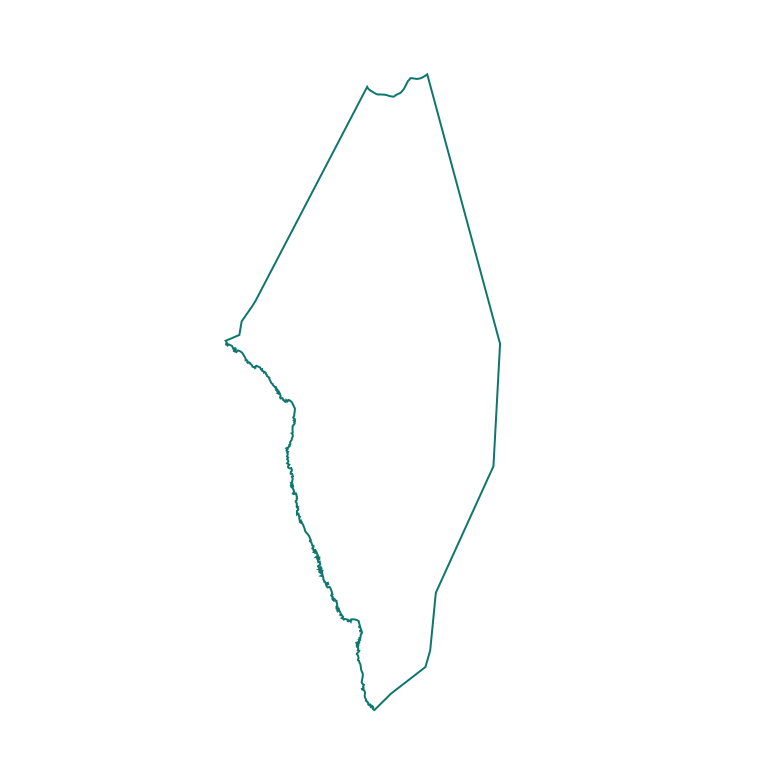 the district of Mbadjini Ouest, Andjazîdja, Comoros, rotated 26°
{"feature_id": "10938185B5285365051467", "entity_name": "Mbadjini Ouest", "entity_type": "district", "adm_level": 2, "iso_a3": "COM", "parent_name": "Comoros", "parent_adm1": "Andjazîdja", "projection": "mercator", "projection_center": [43.399, -11.847], "detail": "fine", "context": "isolated", "style": "outline", "palette": "teal", "viewbox_px": 768, "rotation_deg": 26, "n_neighbors": 0, "source": "geoboundaries", "source_scale": "gbopen_adm2", "svg_char_len": 6144}
<svg xmlns="http://www.w3.org/2000/svg" viewBox="0 0 768 768"><g transform="rotate(26 384 384)"><path d="M222.7,414.6L225.1,416.2L224.5,417.4L224.8,417.8L225.8,417.4L226.6,417.9L227.2,416.5L230.7,416.4L232.4,417.8L233.5,418.8L234.3,417.1L234.9,417.1L235.6,417.8L235.1,420.2L236.4,420.0L237.3,420.1L237.7,418.2L238.1,417.8L241.3,417.7L243.2,418.3L248.3,421.6L249.2,423.3L250.1,422.7L250.9,423.2L251.6,423.5L251.7,424.5L252.5,424.7L253.3,423.7L254.6,423.9L255.1,424.6L256.4,424.7L257.3,425.2L258.0,426.0L259.3,426.1L260.0,425.5L260.6,425.7L261.1,426.2L261.4,425.7L261.0,425.0L261.0,424.1L261.2,423.6L262.1,423.5L265.5,423.5L266.9,424.8L267.9,424.1L268.7,425.5L270.5,425.5L271.1,426.3L271.5,425.5L272.7,425.7L273.5,426.8L274.7,427.3L275.2,428.0L278.3,428.7L278.4,429.5L282.6,432.7L284.0,432.8L284.8,433.7L286.3,434.2L287.2,434.6L288.1,434.2L288.6,434.3L288.8,435.4L290.7,435.8L290.7,436.2L290.0,436.8L291.2,437.2L291.9,437.9L292.6,436.8L293.3,437.3L292.5,438.9L293.9,438.9L294.7,438.4L296.4,440.2L296.4,441.6L297.2,442.2L297.5,441.7L298.3,441.8L299.0,441.3L300.3,442.5L302.0,442.4L302.2,443.1L303.4,443.2L303.2,441.4L304.8,442.1L305.0,441.7L304.8,440.7L305.4,440.1L307.7,440.3L309.6,441.0L311.1,442.3L314.7,445.1L315.7,447.6L316.2,449.1L316.4,450.1L317.2,451.8L317.1,454.0L318.8,454.8L319.4,454.8L319.7,455.5L319.1,456.3L320.3,456.5L320.4,457.0L320.1,457.9L320.9,458.3L320.9,459.0L321.0,459.8L320.5,460.6L320.7,461.4L320.4,462.2L321.8,465.1L323.3,467.7L323.3,468.2L322.7,468.8L323.9,469.3L325.0,471.0L325.0,473.0L325.5,474.6L325.2,476.7L325.2,477.6L325.4,478.0L326.1,478.8L326.1,479.4L325.5,480.1L325.6,480.6L326.4,480.9L326.4,481.3L325.8,482.8L324.5,484.5L325.9,484.7L325.7,485.3L325.4,486.0L325.5,486.5L326.3,486.9L327.5,487.0L327.5,487.7L327.1,488.1L327.1,488.3L328.0,489.0L328.5,489.8L328.5,491.6L330.1,492.1L329.9,493.2L329.9,494.0L330.4,494.3L331.1,494.5L332.0,495.5L332.1,495.8L331.7,497.8L332.6,497.8L333.5,498.0L334.3,498.0L334.3,498.7L333.9,499.5L333.9,500.2L334.1,500.7L334.7,501.1L335.5,501.2L336.0,501.3L336.4,501.1L337.5,500.2L338.3,500.9L339.1,502.1L339.2,503.0L338.7,503.8L339.4,505.6L340.8,505.1L342.6,506.8L341.9,507.8L343.2,508.8L343.7,509.8L343.9,511.2L344.3,511.8L344.3,513.2L343.7,513.6L343.9,513.8L345.5,514.0L345.5,514.6L344.7,515.6L344.7,516.0L345.3,516.6L346.1,515.0L346.5,515.1L347.3,516.0L346.9,517.4L347.7,517.6L348.5,518.4L349.3,518.9L350.4,520.2L350.2,521.0L350.1,522.4L351.4,522.4L352.6,520.9L353.0,521.2L353.0,521.7L353.9,521.9L354.5,523.1L355.0,523.3L355.6,524.6L356.0,524.8L356.0,525.1L355.8,525.6L356.4,526.3L356.4,527.1L356.0,527.8L356.2,528.5L357.6,529.2L358.3,530.1L358.4,530.6L359.1,531.4L359.2,532.5L360.0,533.1L360.6,532.5L360.7,533.2L362.0,534.4L362.0,534.8L361.4,536.3L363.0,539.3L363.6,538.1L364.3,538.3L365.8,540.3L366.6,540.2L366.6,541.8L368.4,544.1L369.2,543.1L370.5,544.2L369.9,545.1L371.8,545.2L373.5,546.4L374.6,547.6L376.1,548.9L377.1,550.2L377.5,550.6L378.2,551.1L379.4,551.7L382.1,552.8L383.1,553.4L384.9,554.9L386.7,556.5L386.1,557.4L386.2,557.7L387.0,558.0L388.0,558.1L389.4,559.5L390.3,560.5L391.5,560.3L392.1,561.5L391.6,562.4L391.7,563.1L392.4,563.0L393.4,564.2L394.9,563.3L395.1,563.6L394.5,565.8L395.4,565.6L396.1,566.0L396.8,564.5L398.5,566.2L399.2,566.5L399.7,567.0L399.1,568.6L400.2,567.7L400.7,567.9L400.7,568.9L399.5,569.1L399.6,569.7L400.5,569.9L400.9,570.6L401.7,570.5L402.3,569.1L402.6,569.8L401.9,571.1L402.1,571.8L403.0,572.9L404.1,571.9L404.6,572.7L405.9,574.3L404.7,576.1L404.7,576.9L405.7,577.2L406.2,577.8L407.3,576.3L407.9,576.4L407.9,577.4L406.8,579.0L407.1,578.9L408.9,577.9L409.1,578.8L407.9,580.6L408.3,581.2L410.5,579.2L410.7,580.6L410.1,581.6L410.5,581.7L411.4,581.1L412.4,582.6L411.5,584.0L413.3,583.5L414.8,585.3L414.8,585.8L415.5,586.5L416.3,586.8L417.1,587.4L417.0,587.9L418.1,587.9L419.1,588.8L420.7,587.3L421.6,588.4L420.1,590.0L421.6,591.3L422.6,591.5L424.0,590.2L425.5,591.1L427.3,592.8L428.4,593.9L429.0,595.1L429.1,595.6L430.0,595.7L430.0,595.9L429.3,597.2L431.0,598.1L431.6,598.0L431.6,599.6L432.4,600.3L433.7,598.9L434.4,599.4L433.6,600.2L434.1,600.7L435.6,599.7L436.3,599.7L436.4,600.4L437.5,601.3L439.0,603.4L438.9,605.2L439.3,605.4L440.2,605.0L440.4,605.6L439.7,606.5L440.0,606.8L441.8,605.8L442.1,606.5L441.5,608.3L442.0,608.6L442.7,606.8L446.2,609.7L445.9,610.7L446.1,610.9L447.1,610.1L449.2,611.2L448.6,612.9L449.6,612.9L450.1,612.7L451.2,613.3L451.9,612.3L455.0,611.7L455.3,611.9L455.5,613.0L455.9,612.9L457.1,611.4L458.3,612.1L457.9,609.8L459.5,609.0L461.3,608.3L463.2,608.1L465.2,608.2L466.9,610.3L468.5,612.1L468.1,613.1L468.4,613.4L469.1,612.9L471.6,615.3L470.7,616.3L471.2,616.8L472.2,616.2L473.1,616.8L473.3,618.4L472.9,619.1L474.0,622.2L473.2,623.1L473.4,623.4L474.2,623.5L474.7,624.5L473.6,625.2L474.6,626.3L473.5,627.7L475.1,627.6L475.1,628.2L473.0,629.2L473.9,630.0L475.0,629.3L475.4,630.1L474.3,631.2L474.7,631.6L475.7,631.3L475.6,632.3L476.2,632.4L477.1,633.4L477.1,634.8L478.8,634.8L478.7,635.6L478.0,637.7L477.9,638.6L479.5,639.3L481.1,641.2L481.4,641.7L481.4,643.4L482.0,643.8L483.0,643.8L484.4,645.5L484.8,645.7L485.7,646.3L488.2,650.1L488.6,650.6L489.8,651.9L490.5,652.5L491.9,653.6L492.5,655.0L493.0,655.8L493.6,658.0L494.6,661.8L494.9,662.2L496.3,663.0L497.9,663.2L497.8,665.1L497.9,665.4L498.5,665.6L499.0,666.2L498.9,666.6L497.8,667.8L498.1,668.1L500.5,668.0L501.6,669.1L502.2,669.6L503.3,672.7L504.4,674.1L506.1,675.5L506.6,676.6L508.0,676.7L508.9,677.5L509.4,677.4L510.0,678.2L510.2,678.8L510.6,679.1L511.3,679.1L511.9,678.1L512.4,678.1L513.2,679.5L513.4,680.0L514.0,680.2L514.5,678.6L515.2,678.7L516.2,679.5L516.2,680.6L516.6,681.0L518.3,681.3L526.0,659.3L545.3,620.2L542.3,603.2L522.1,548.9L518.4,409.9L470.7,297.0L287.1,86.7L285.7,89.3L284.1,91.7L282.3,93.7L279.9,95.4L275.4,96.8L273.8,97.5L273.5,98.1L273.5,99.1L273.1,100.2L272.8,100.9L272.7,101.8L272.6,108.4L272.5,110.4L271.5,114.4L271.0,115.4L270.2,116.3L268.9,117.9L267.5,120.0L267.0,121.3L266.6,121.6L263.1,122.7L260.2,123.1L258.3,123.5L256.6,124.2L253.8,125.3L252.1,126.3L250.5,126.7L249.2,126.7L246.7,126.5L243.5,126.3L240.5,125.6L238.6,124.3L232.1,365.3L231.5,371.6L228.6,390.1L232.5,403.3L222.7,414.6Z" fill="none" stroke="#0f766e" stroke-width="2"/></g></svg>